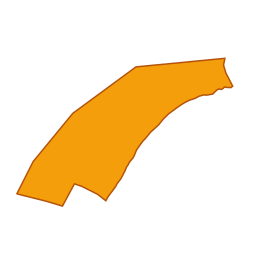 Baron'S Drive/Coin De L'Anse, Soufrière, Saint Lucia (orthographic projection), rotated 195°
{"feature_id": "8701671B23391099181160", "entity_name": "Baron'S Drive/Coin De L'Anse", "entity_type": "district", "adm_level": 2, "iso_a3": "LCA", "parent_name": "Saint Lucia", "parent_adm1": "Soufrière", "projection": "orthographic", "projection_center": [-61.06, 13.851], "detail": "fine", "context": "isolated", "style": "filled", "palette": "amber", "viewbox_px": 256, "rotation_deg": 195, "n_neighbors": 0, "source": "geoboundaries", "source_scale": "gbopen_adm2", "svg_char_len": 853}
<svg xmlns="http://www.w3.org/2000/svg" viewBox="0 0 256 256"><g transform="rotate(195 128 128)"><path d="M130.6,52.0L129.5,56.4L127.7,61.0L126.1,64.8L124.7,68.7L124.1,71.4L122.7,74.8L121.8,77.1L120.8,81.3L119.8,85.9L119.3,89.8L118.2,93.1L117.9,95.0L116.6,97.9L115.5,100.3L114.9,102.5L114.1,108.7L113.3,111.1L112.2,114.2L110.8,117.8L110.0,119.6L108.4,122.5L105.1,129.8L99.4,138.7L96.1,146.0L92.5,152.1L86.4,159.8L82.3,164.6L79.5,167.5L75.9,170.7L71.0,173.9L67.4,177.2L63.3,179.6L60.9,180.0L58.1,181.2L54.8,182.8L54.0,184.4L52.0,187.7L50.3,189.3L47.9,189.3L46.3,190.9L45.5,192.5L42.3,192.9L39.0,193.7L37.7,195.5L47.8,206.6L52.0,213.5L52.3,218.2L52.5,220.4L53.2,220.1L136.1,189.1L185.1,127.9L210.9,71.1L218.3,35.8L217.5,35.6L189.2,36.1L171.1,35.6L165.3,60.2L157.8,59.7L140.2,56.1L130.6,52.0Z" fill="#f59e0b" stroke="#b45309" stroke-width="1.5"/></g></svg>